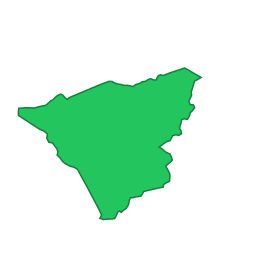 the district of Areia, Paraíba, Brazil, rotated 330°
{"feature_id": "56859067B64282742234798", "entity_name": "Areia", "entity_type": "district", "adm_level": 2, "iso_a3": "BRA", "parent_name": "Brazil", "parent_adm1": "Paraíba", "projection": "robinson", "projection_center": [-35.7, -6.949], "detail": "fine", "context": "isolated", "style": "filled", "palette": "green", "viewbox_px": 256, "rotation_deg": 330, "n_neighbors": 0, "source": "geoboundaries", "source_scale": "gbopen_adm2", "svg_char_len": 1699}
<svg xmlns="http://www.w3.org/2000/svg" viewBox="0 0 256 256"><g transform="rotate(330 128 128)"><path d="M200.5,128.7L209.1,120.7L216.6,120.8L207.1,104.4L192.0,101.2L184.7,100.2L183.1,98.3L180.5,97.9L178.5,98.8L176.5,100.5L174.2,99.2L172.2,96.6L169.5,96.1L166.6,96.3L163.6,95.1L160.4,95.2L156.6,94.3L153.0,94.6L151.0,92.6L148.7,90.6L146.0,89.2L143.9,87.0L140.6,84.3L138.6,81.8L137.5,79.8L135.0,78.1L124.9,76.4L92.2,72.3L89.9,72.9L88.6,70.4L88.1,67.2L86.7,65.0L83.2,64.6L79.9,65.2L77.3,66.0L74.6,65.8L70.7,66.8L67.6,67.2L64.6,66.0L60.8,64.8L57.4,64.0L54.7,62.5L52.0,60.8L49.2,59.0L46.1,57.8L43.4,56.2L41.4,58.8L39.4,62.3L50.9,85.1L53.5,88.3L55.2,92.9L52.6,96.2L52.3,100.7L55.2,103.3L55.6,107.4L56.0,110.5L55.3,113.8L53.1,116.0L54.2,120.0L54.6,124.2L56.0,127.9L57.4,129.9L58.7,132.1L61.7,135.1L63.6,138.6L63.4,145.5L63.1,159.5L62.5,174.9L62.3,181.7L61.7,190.0L58.5,192.2L61.0,195.0L64.2,196.4L66.4,197.5L68.3,198.6L71.2,199.8L74.2,197.9L76.8,195.9L79.1,195.6L80.0,197.8L82.8,197.0L86.0,196.8L89.7,194.9L92.8,191.6L95.1,189.5L97.5,190.9L100.1,191.5L102.8,192.6L105.1,193.4L107.6,192.4L109.8,190.8L124.7,195.3L129.0,196.8L130.6,194.7L133.6,194.7L137.3,194.9L139.5,191.8L141.3,188.5L141.4,186.0L141.6,183.2L141.6,180.0L144.6,179.2L147.8,178.8L150.4,178.0L151.0,175.1L151.3,171.4L149.0,168.3L147.9,165.7L146.9,162.7L145.4,160.1L148.5,159.7L151.5,159.4L154.9,159.2L158.1,160.0L160.4,158.5L162.7,157.0L166.1,157.8L168.3,159.8L171.4,159.8L172.5,157.2L172.5,154.3L174.0,152.3L176.5,150.2L178.6,147.7L181.1,148.0L183.7,150.2L187.3,148.3L189.5,145.9L192.9,145.1L195.9,143.7L196.2,140.6L193.5,138.9L194.1,135.1L197.2,133.1L199.7,131.1L200.5,128.7Z" fill="#22c55e" stroke="#15803d" stroke-width="1.5"/></g></svg>